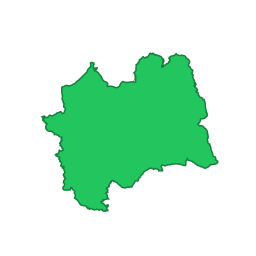 Moyahua de Estrada, Zacatecas, Mexico, rotated 60°
{"feature_id": "50627088B96990632863849", "entity_name": "Moyahua de Estrada", "entity_type": "district", "adm_level": 2, "iso_a3": "MEX", "parent_name": "Mexico", "parent_adm1": "Zacatecas", "projection": "orthographic", "projection_center": [-103.164, 21.196], "detail": "fine", "context": "isolated", "style": "filled", "palette": "green", "viewbox_px": 256, "rotation_deg": 60, "n_neighbors": 0, "source": "geoboundaries", "source_scale": "gbopen_adm2", "svg_char_len": 5780}
<svg xmlns="http://www.w3.org/2000/svg" viewBox="0 0 256 256"><g transform="rotate(60 128 128)"><path d="M188.4,187.3L186.7,186.3L185.6,186.0L186.1,185.0L185.6,184.0L184.5,183.8L183.9,186.6L180.5,187.2L179.6,188.6L178.5,188.3L178.3,188.0L178.7,186.6L178.3,186.1L178.7,185.7L178.5,185.3L177.8,185.2L178.5,183.9L178.9,181.5L179.7,180.4L177.3,180.4L176.7,179.8L175.5,179.7L174.0,179.7L173.5,180.0L173.0,178.7L173.6,178.4L173.7,177.8L173.3,177.5L172.5,177.5L172.2,176.9L170.7,176.2L169.9,177.1L169.5,176.8L169.1,176.2L169.4,174.2L169.0,173.5L168.2,173.4L168.2,172.9L167.5,172.4L167.3,171.3L166.5,170.4L166.7,170.0L166.1,169.8L166.2,169.2L165.7,169.1L165.6,167.5L167.4,167.1L167.3,166.4L169.8,164.9L173.8,163.8L174.4,163.1L175.8,163.2L177.2,162.1L178.5,160.4L179.0,157.6L180.1,156.5L180.2,155.2L181.0,154.3L177.6,148.3L177.6,147.6L178.6,146.3L178.7,145.4L176.9,143.9L176.9,142.5L175.5,140.4L175.3,138.4L174.1,136.6L173.7,133.7L173.9,131.3L173.7,129.4L174.2,128.1L175.0,127.6L175.5,126.6L176.6,126.7L176.8,124.4L177.5,124.2L177.9,123.5L179.1,122.5L180.6,122.7L180.7,122.1L182.2,119.8L182.3,119.5L181.1,119.1L177.8,118.4L177.3,117.5L177.5,116.4L179.4,114.7L179.9,111.3L180.8,110.1L181.8,106.5L182.4,105.9L182.8,104.5L185.6,100.8L188.5,98.3L189.1,97.4L188.8,96.3L185.9,94.7L184.3,92.0L185.7,92.2L188.6,89.3L190.0,88.9L190.3,88.4L191.5,87.8L192.7,87.7L194.1,86.7L195.1,86.6L196.4,85.2L198.2,84.1L198.7,82.9L200.4,82.3L201.6,81.0L201.8,77.7L201.3,76.0L201.2,74.5L202.8,70.6L203.1,68.8L202.6,67.5L202.1,67.0L201.4,67.0L199.2,68.0L198.7,67.4L196.7,67.0L196.0,67.4L195.6,68.1L194.9,68.2L193.3,68.0L192.5,67.5L188.4,67.0L185.9,65.9L183.5,65.8L182.9,65.2L181.7,66.1L180.7,66.2L177.0,64.7L176.9,63.8L176.0,63.9L175.8,63.0L175.2,62.6L173.0,62.3L173.0,61.9L171.8,61.7L171.0,61.1L169.7,60.9L167.3,61.2L166.8,61.6L164.1,62.2L163.3,62.7L161.5,65.2L160.0,65.6L159.3,64.8L159.5,64.5L158.2,62.0L156.4,60.6L156.8,59.5L157.5,58.6L157.8,57.1L157.5,54.5L157.4,54.1L157.0,54.2L156.6,53.0L154.5,52.1L153.8,52.4L153.1,51.9L150.3,51.2L144.2,48.5L141.5,47.9L140.9,48.8L139.7,48.5L138.5,49.1L137.4,50.3L134.0,50.4L132.3,49.7L131.5,50.6L130.4,50.8L130.1,50.5L130.4,49.1L128.8,48.7L125.6,49.5L124.3,49.4L124.8,48.6L123.1,48.1L123.9,47.5L124.4,47.6L124.3,47.3L122.4,47.2L121.3,47.5L120.3,46.8L117.3,46.9L116.0,46.3L114.7,45.1L112.5,45.5L111.9,44.3L110.3,43.0L108.3,44.1L106.2,43.6L104.9,44.6L103.4,44.0L102.6,43.1L102.4,42.3L101.2,41.4L99.0,41.3L97.2,42.4L95.1,42.5L93.7,43.0L91.8,45.0L91.3,46.8L90.5,47.7L88.6,49.2L87.7,49.2L88.1,50.2L88.3,52.1L88.0,52.4L87.7,54.1L87.3,54.7L87.7,55.8L87.4,56.7L88.2,57.3L88.1,57.7L88.5,57.9L89.0,57.4L89.6,57.4L90.2,58.1L91.4,58.6L91.0,59.6L92.2,61.0L91.7,62.5L92.1,64.3L91.7,66.0L92.6,66.7L92.5,68.1L92.1,68.2L90.9,67.5L91.2,66.9L90.3,65.7L89.1,65.5L89.1,64.8L88.0,64.6L88.4,64.0L88.0,63.4L87.5,63.3L87.1,63.9L86.7,63.8L86.3,63.0L85.8,63.5L85.4,63.2L84.6,63.7L82.6,63.7L78.5,67.2L78.4,68.2L77.3,68.2L76.8,69.2L75.9,68.9L75.6,69.2L75.8,70.5L74.7,70.9L74.4,72.0L76.5,75.5L75.6,76.8L76.0,78.2L75.4,78.8L74.0,79.1L73.8,80.0L74.4,81.0L74.7,82.2L74.6,83.8L74.8,84.3L76.3,85.0L76.2,86.3L77.2,87.3L77.2,89.2L82.5,92.6L83.2,95.3L83.6,94.9L84.4,95.0L85.7,95.3L86.2,95.8L86.7,95.4L86.8,95.8L87.5,95.7L87.8,96.4L88.5,96.7L89.2,96.4L89.5,96.9L89.2,97.4L89.5,97.7L91.6,97.9L92.0,98.2L91.9,99.4L90.4,100.0L90.5,100.6L88.0,106.1L86.9,107.8L85.2,109.1L85.1,109.7L85.6,111.5L86.3,113.0L87.7,114.4L87.5,117.8L83.9,121.1L82.3,123.4L82.1,124.5L81.3,125.2L80.8,125.1L80.0,123.6L79.2,123.2L77.5,123.8L75.5,125.4L73.4,125.8L69.9,125.5L68.3,125.6L67.2,126.1L65.5,126.0L62.9,127.1L62.0,128.1L61.2,128.3L61.5,127.2L61.1,125.2L60.4,124.7L59.3,128.0L56.5,126.6L55.7,125.9L55.8,125.6L54.8,125.1L52.9,126.8L52.9,128.0L56.1,129.5L57.5,134.0L58.8,135.2L59.1,136.0L62.0,147.4L62.0,148.8L63.0,151.8L62.6,153.9L62.8,154.4L62.7,155.9L62.0,158.1L60.4,159.9L59.9,161.0L60.1,162.1L59.6,164.3L59.8,165.2L64.6,167.7L67.9,168.9L69.7,170.4L70.6,170.8L71.3,170.6L73.7,171.4L75.0,171.1L76.2,172.3L77.5,173.0L78.2,173.1L79.1,172.5L80.2,172.7L82.9,175.9L82.7,177.4L82.5,177.7L80.4,178.0L80.0,178.7L80.1,179.7L79.5,182.1L79.9,183.5L79.7,184.6L79.8,187.4L77.7,189.5L78.5,191.8L78.5,192.7L77.6,194.1L76.0,194.4L75.7,194.8L75.4,196.7L77.1,195.7L76.7,196.9L77.3,197.1L77.7,196.5L78.0,196.6L78.0,197.2L78.7,197.9L79.5,197.1L80.6,197.5L81.2,196.7L82.5,197.1L83.0,196.3L83.7,196.1L84.4,196.6L84.4,197.4L86.9,199.4L89.9,199.1L91.1,198.2L92.8,195.5L93.9,195.5L95.4,194.4L97.0,195.1L97.4,193.6L98.6,193.0L99.3,192.0L101.1,191.8L102.5,190.6L102.6,190.0L103.1,190.0L104.2,191.5L104.6,191.4L105.0,190.8L105.4,190.9L105.4,192.0L106.5,192.7L106.2,193.3L107.3,194.9L107.9,194.9L108.3,194.4L108.7,194.5L109.4,195.6L110.8,194.7L112.3,195.2L113.9,194.9L114.8,195.4L114.5,196.7L114.7,197.5L114.4,198.0L113.0,198.4L113.0,198.9L114.5,199.8L115.0,201.3L115.7,202.0L114.7,202.9L114.9,204.2L115.6,203.8L116.2,204.1L116.7,203.6L117.7,203.4L118.2,202.2L119.6,201.8L119.9,203.0L120.3,203.4L122.4,203.1L122.8,203.6L122.9,203.3L125.1,203.1L126.2,203.8L126.9,205.0L127.4,205.1L127.9,204.5L129.6,204.7L129.1,203.7L129.3,202.8L131.1,204.1L135.2,205.0L135.7,206.9L136.5,207.6L137.5,207.6L138.2,207.1L139.0,208.0L140.4,207.2L141.5,210.0L143.1,211.2L144.5,210.9L146.1,212.0L146.6,213.0L146.6,213.8L147.8,214.6L148.8,214.7L150.0,214.0L152.7,209.2L152.2,208.0L151.0,207.4L151.7,206.5L154.1,206.5L154.5,206.1L156.7,205.9L157.5,207.1L159.1,207.0L160.5,207.4L162.0,209.4L164.3,208.2L166.2,207.7L170.5,207.5L171.7,206.9L174.5,203.4L176.0,203.3L177.2,202.5L177.6,203.1L178.2,202.3L179.2,202.0L178.8,201.1L179.3,200.7L179.8,199.8L181.2,199.0L182.3,197.8L182.8,195.9L183.7,194.7L184.7,194.3L184.9,192.0L185.8,191.2L186.2,191.5L187.6,190.4L187.8,190.6L188.9,188.7L189.1,187.0L189.4,186.8L189.2,186.5L188.4,187.3Z" fill="#22c55e" stroke="#15803d" stroke-width="1.5"/></g></svg>